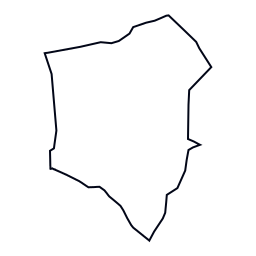 the district of Kelemando, North Darfur, Sudan
{"feature_id": "16777658B85451496706557", "entity_name": "Kelemando", "entity_type": "district", "adm_level": 2, "iso_a3": "SDN", "parent_name": "Sudan", "parent_adm1": "North Darfur", "projection": "albers", "projection_center": [25.825, 13.072], "detail": "fine", "context": "isolated", "style": "outline", "palette": "ink", "viewbox_px": 256, "rotation_deg": 0, "n_neighbors": 0, "source": "geoboundaries", "source_scale": "gbopen_adm2", "svg_char_len": 2369}
<svg xmlns="http://www.w3.org/2000/svg" viewBox="0 0 256 256"><path d="M44.7,53.2L51.6,74.0L56.4,130.6L54.4,144.8L54.1,147.2L53.9,148.4L50.0,150.8L50.2,159.3L50.3,164.8L50.3,165.5L50.4,166.5L50.4,168.1L50.4,168.7L50.4,168.8L50.6,168.9L51.5,168.7L51.9,168.6L52.0,168.5L52.3,168.4L52.4,168.5L52.5,168.5L52.8,168.7L53.0,168.8L53.3,168.9L53.4,169.0L53.5,169.0L53.8,169.1L54.0,169.2L54.0,169.3L54.3,169.4L54.5,169.4L54.5,169.5L54.8,169.6L55.0,169.7L55.4,169.8L55.5,169.9L55.6,170.0L56.0,170.1L56.4,170.3L56.9,170.5L57.0,170.6L57.6,170.8L58.0,171.0L58.3,171.2L58.5,171.2L58.9,171.4L59.6,171.7L59.8,171.8L60.1,171.9L60.6,172.2L61.2,172.4L61.7,172.6L62.8,173.2L63.2,173.3L63.6,173.5L64.3,173.8L64.6,174.0L64.8,174.0L65.3,174.3L65.5,174.4L65.7,174.5L65.8,174.5L66.2,174.6L66.3,174.7L66.6,174.8L66.9,175.0L67.1,175.1L67.3,175.2L67.7,175.4L67.9,175.5L68.0,175.6L69.6,176.3L69.8,176.5L70.5,176.8L72.5,177.8L73.3,178.2L75.7,179.4L75.8,179.5L76.2,179.7L76.7,179.9L77.3,180.2L79.5,181.3L79.7,181.5L80.0,181.7L81.8,182.8L82.9,183.6L84.1,184.4L85.3,185.2L85.4,185.3L88.0,187.0L88.5,187.3L90.1,187.2L91.1,187.2L91.5,187.2L93.2,187.1L93.4,187.1L93.9,187.1L94.0,187.1L95.6,187.0L96.7,186.9L96.8,186.9L97.0,186.9L97.7,186.9L98.0,186.9L98.3,186.9L98.7,186.8L99.0,186.8L99.5,186.8L104.5,190.4L105.6,191.8L106.6,193.0L108.0,194.9L109.2,196.4L113.1,199.6L116.8,202.7L120.5,205.9L123.3,210.3L127.2,218.1L127.3,218.3L131.2,225.1L133.1,227.5L133.3,227.7L133.4,227.8L133.7,228.0L133.8,228.1L134.0,228.3L134.3,228.5L134.6,228.8L134.8,228.9L134.9,229.0L135.2,229.2L135.4,229.4L135.8,229.7L135.9,229.8L136.0,229.9L136.6,230.3L137.2,230.8L137.4,231.0L137.6,231.1L138.1,231.6L138.8,232.1L139.9,233.0L140.0,233.1L140.8,233.7L140.9,233.8L142.0,234.7L143.2,235.6L143.3,235.8L144.9,237.0L145.0,237.1L145.2,237.3L145.7,237.7L146.0,237.9L146.5,238.3L147.3,238.9L147.4,239.1L147.9,239.4L148.1,239.6L148.4,239.8L148.6,240.0L148.8,240.1L149.0,240.3L149.3,240.6L154.1,231.6L162.8,218.5L165.2,212.8L166.2,202.3L166.8,194.9L177.4,188.1L185.2,170.6L186.7,159.8L188.5,150.0L193.0,147.4L200.0,144.8L199.0,144.3L193.8,141.5L188.0,139.0L188.5,104.7L189.2,90.1L211.3,67.1L199.3,48.3L196.2,41.9L183.9,30.0L168.6,15.4L166.3,15.7L160.6,18.2L154.7,20.7L146.1,22.7L133.2,27.1L129.5,33.6L118.8,41.0L111.4,43.2L105.1,42.6L100.7,42.2L80.4,46.8L47.6,52.8L45.7,53.0L44.7,53.2Z" fill="none" stroke="#020617" stroke-width="2"/></svg>